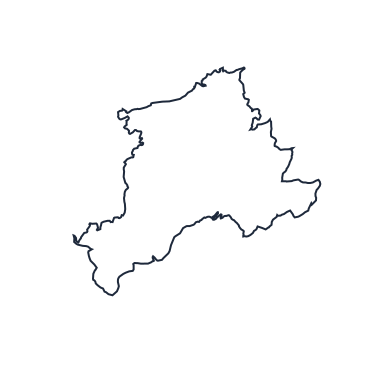 outline of Ciresu, Mehedinti, Romania, rotated 305°
{"feature_id": "2599482B7302732559425", "entity_name": "Ciresu", "entity_type": "district", "adm_level": 2, "iso_a3": "ROU", "parent_name": "Romania", "parent_adm1": "Mehedinti", "projection": "natural_earth1", "projection_center": [22.529, 44.822], "detail": "fine", "context": "isolated", "style": "outline", "palette": "slate", "viewbox_px": 384, "rotation_deg": 305, "n_neighbors": 0, "source": "geoboundaries", "source_scale": "gbopen_adm2", "svg_char_len": 6074}
<svg xmlns="http://www.w3.org/2000/svg" viewBox="0 0 384 384"><g transform="rotate(305 192 192)"><path d="M61.8,186.1L67.6,187.5L70.9,186.8L72.9,186.1L75.8,182.9L77.6,181.7L78.9,181.2L81.0,181.1L85.5,182.7L87.9,184.0L91.0,186.1L93.4,188.7L95.1,188.6L98.5,186.2L99.3,185.2L100.8,185.6L102.6,188.4L104.0,191.3L108.2,197.1L110.9,198.8L113.5,199.7L113.4,200.9L115.3,197.8L116.1,197.1L117.0,197.0L116.8,199.0L116.2,200.8L115.9,202.9L116.3,203.6L119.2,206.3L121.5,206.5L128.2,207.8L130.8,207.5L136.4,205.3L144.8,203.4L146.3,203.8L151.3,205.9L157.3,205.4L160.7,207.0L161.3,207.5L162.7,209.6L166.1,212.1L167.2,212.4L169.4,212.5L171.0,213.7L171.5,214.9L173.4,215.0L174.4,215.8L175.7,215.9L178.2,216.7L178.4,217.7L180.5,218.9L181.6,220.1L182.0,221.4L182.0,222.6L185.6,224.1L190.1,224.5L190.3,224.8L190.0,225.1L189.3,225.6L185.7,225.2L182.2,224.3L181.7,224.4L181.4,225.0L181.7,225.7L182.2,226.2L183.9,227.0L185.6,227.1L190.2,228.4L190.4,229.0L190.2,229.4L187.2,230.2L186.9,230.8L188.5,231.8L189.8,231.9L191.0,232.5L191.6,233.1L191.9,233.7L193.9,235.2L194.2,235.9L193.6,238.2L192.7,239.9L192.7,241.4L193.0,242.5L192.4,245.2L192.4,246.3L191.5,249.6L190.8,250.2L190.1,251.9L189.6,253.9L189.8,255.5L189.6,256.9L187.2,258.0L186.6,258.8L185.3,259.2L185.0,259.5L185.6,259.8L186.8,262.2L188.1,263.4L190.3,264.5L193.4,265.4L195.7,265.1L197.4,265.9L198.7,266.1L201.4,265.5L202.7,269.8L203.6,273.8L207.0,275.0L207.2,275.3L208.3,275.3L210.7,276.0L213.3,274.5L215.8,274.2L220.1,275.6L222.0,275.0L221.8,276.0L223.5,278.1L224.9,278.6L226.7,280.0L230.1,281.2L233.1,283.0L231.6,287.3L230.6,288.9L230.1,290.7L232.6,293.1L233.8,293.8L237.4,295.4L240.3,296.2L243.4,297.9L245.5,297.1L251.1,296.2L250.3,297.4L256.2,298.4L258.5,297.0L259.4,295.6L261.5,294.0L265.2,292.9L267.0,293.2L270.3,293.2L272.2,292.5L273.7,290.8L274.5,288.6L272.6,287.2L269.1,285.5L267.1,283.6L265.8,281.7L265.0,279.7L263.5,277.4L263.1,275.3L263.3,272.5L263.1,271.8L259.7,268.4L258.1,267.4L254.8,263.4L254.7,262.8L252.4,259.5L253.9,258.9L255.4,257.7L259.2,255.9L260.5,256.1L262.3,256.7L263.8,256.7L264.6,256.5L265.0,256.2L267.8,256.2L270.5,255.7L272.5,255.0L276.4,254.4L277.4,254.0L278.7,252.9L280.0,252.8L281.0,251.9L282.3,251.4L282.9,250.7L283.2,249.6L284.9,249.2L285.8,249.4L285.0,248.5L282.8,247.2L280.0,243.3L277.4,240.5L277.3,238.9L277.7,237.5L277.7,235.4L277.1,233.4L277.7,232.8L279.5,231.9L282.0,231.7L282.6,231.2L283.3,229.7L283.4,228.8L283.0,225.2L283.2,224.7L286.4,222.2L289.4,220.9L291.0,219.4L295.0,216.4L295.3,215.1L296.2,214.2L292.8,213.8L290.3,212.3L287.1,209.8L285.1,207.2L284.5,207.1L282.8,207.6L282.1,208.0L280.9,207.5L279.1,207.2L277.8,205.8L277.5,204.6L276.7,204.0L280.2,203.8L280.9,202.7L283.5,202.0L287.1,200.1L289.3,201.3L289.4,202.1L289.1,204.4L289.8,205.4L293.6,204.7L294.2,203.8L294.8,201.8L297.4,200.4L297.7,198.4L297.6,198.0L295.0,195.3L292.9,195.1L292.7,194.8L294.6,193.2L294.5,191.9L295.1,189.9L295.0,188.4L295.2,187.2L296.3,186.8L297.7,186.8L300.1,185.7L300.2,184.9L298.9,181.8L299.7,180.0L301.6,177.8L303.5,178.2L304.8,176.3L309.2,172.5L309.6,171.8L310.8,166.7L311.3,166.3L312.8,166.0L317.4,163.0L319.0,163.1L322.0,163.8L322.8,164.3L323.2,164.3L323.8,163.6L323.7,163.1L322.2,162.3L319.7,160.2L318.2,159.3L317.5,158.5L314.5,157.4L312.7,156.1L311.9,155.0L310.9,154.3L310.2,152.3L310.1,151.2L310.6,150.1L310.1,149.3L309.8,148.3L308.8,148.2L309.1,147.4L309.8,147.3L311.5,146.0L308.8,144.4L308.0,145.0L307.8,144.8L307.5,145.4L306.7,145.8L305.4,145.3L304.8,144.0L304.8,142.7L305.3,141.9L305.2,141.5L304.2,140.8L298.8,140.1L297.4,137.0L294.9,137.7L293.5,137.6L290.3,136.2L289.4,136.7L288.5,136.3L287.1,137.2L286.0,138.8L286.9,140.1L287.3,141.6L286.9,142.2L285.0,140.5L284.7,139.6L284.9,135.6L284.2,133.5L283.7,132.9L279.7,134.1L279.4,133.5L278.1,134.4L276.6,133.8L275.0,133.8L271.1,131.7L267.1,131.3L264.0,129.7L261.4,128.8L253.2,121.4L249.0,115.9L242.2,108.5L241.1,107.8L239.4,108.5L237.4,107.1L235.5,106.2L230.2,101.8L229.2,100.6L228.9,99.7L228.0,99.0L226.9,97.6L225.3,96.3L224.6,95.8L221.1,94.6L219.6,93.7L219.7,92.1L220.4,91.9L220.2,87.6L219.2,88.1L218.6,88.1L217.0,86.4L215.0,85.6L212.6,87.7L211.2,88.3L210.3,90.4L210.3,91.3L210.6,92.1L211.4,92.7L214.2,94.5L217.0,95.8L216.6,97.6L215.7,98.2L214.3,98.1L212.7,97.4L212.4,97.9L210.2,99.3L209.6,100.0L206.9,99.2L206.0,99.3L205.7,100.7L206.5,102.5L206.2,104.6L206.0,105.3L204.4,106.2L203.9,107.0L204.0,107.9L206.9,109.3L210.0,109.7L210.6,110.5L210.4,112.1L211.2,113.8L212.3,115.4L212.2,115.8L211.7,116.4L210.8,116.8L207.2,117.6L206.1,118.1L205.9,118.5L206.0,118.9L207.4,120.0L207.0,120.6L205.8,120.4L202.8,120.3L202.6,120.6L202.7,121.5L203.2,122.4L204.1,123.1L204.1,123.9L203.2,124.4L202.2,124.4L201.4,123.7L201.1,122.8L199.3,121.6L198.1,121.6L196.8,122.1L194.3,119.8L192.4,119.6L191.5,120.0L190.0,120.1L189.0,120.9L188.4,121.8L189.0,123.0L186.8,123.9L186.3,123.6L185.5,122.4L182.2,120.4L180.9,119.9L179.5,120.0L178.1,119.4L177.5,119.5L177.2,121.3L176.8,121.9L172.9,122.1L171.4,123.1L169.9,124.6L165.1,127.4L161.2,132.2L161.2,133.1L160.4,135.2L159.5,136.0L159.2,137.0L158.2,137.3L155.8,136.6L154.9,136.7L153.6,136.9L151.3,138.0L150.8,138.6L148.0,139.8L145.2,142.2L143.7,143.9L139.7,147.1L136.5,148.7L133.2,149.0L132.7,147.7L130.8,148.3L129.6,147.9L129.0,147.6L128.6,146.8L128.8,145.8L126.7,143.3L126.1,143.0L121.8,144.2L121.3,143.2L120.7,142.7L121.2,141.1L119.9,139.3L117.0,136.7L115.2,135.7L114.6,135.6L112.5,136.6L110.7,137.1L109.0,138.2L106.3,136.4L106.4,135.8L108.8,135.5L110.6,133.4L111.2,132.4L111.3,131.7L108.8,128.6L107.8,126.4L106.8,126.4L106.6,127.3L105.3,127.8L101.0,127.7L99.8,128.9L98.8,129.0L98.0,128.5L96.7,127.2L91.2,127.1L90.2,127.6L89.2,127.4L87.3,127.5L85.6,127.9L85.4,127.0L85.5,125.5L85.9,124.9L87.8,123.4L88.7,120.9L88.5,120.0L86.7,122.1L83.5,124.1L83.2,127.1L83.4,128.7L85.2,133.3L87.0,136.4L87.6,138.2L87.3,141.7L87.6,142.8L84.1,141.2L82.9,141.7L80.5,144.2L79.0,146.1L77.5,148.4L76.6,153.6L75.3,157.4L72.5,157.6L72.1,157.4L68.4,158.1L64.1,160.7L63.4,161.5L63.6,162.5L63.4,163.5L63.0,164.4L61.9,165.6L61.5,168.0L61.3,171.8L61.9,174.5L60.2,177.5L60.6,179.1L60.4,182.2L61.8,186.1Z" fill="none" stroke="#1e293b" stroke-width="2"/></g></svg>